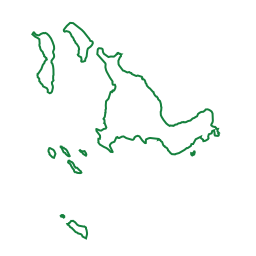 Palm Island, Queensland, Australia, rotated 357°
{"feature_id": "25037944B36323732446250", "entity_name": "Palm Island", "entity_type": "district", "adm_level": 2, "iso_a3": "AUS", "parent_name": "Australia", "parent_adm1": "Queensland", "projection": "robinson", "projection_center": [146.576, -18.75], "detail": "fine", "context": "isolated", "style": "outline", "palette": "green", "viewbox_px": 256, "rotation_deg": 357, "n_neighbors": 0, "source": "geoboundaries", "source_scale": "gbopen_adm2", "svg_char_len": 5721}
<svg xmlns="http://www.w3.org/2000/svg" viewBox="0 0 256 256"><g transform="rotate(357 128 128)"><path d="M108.9,144.3L109.9,142.8L111.0,141.9L113.7,141.0L115.9,136.8L117.0,136.5L117.6,137.4L118.8,137.5L121.5,136.3L123.2,136.2L125.8,138.0L131.5,140.0L132.4,140.0L133.5,139.1L134.0,137.8L135.4,136.8L137.3,136.3L139.0,137.0L141.7,141.3L143.9,143.7L144.5,144.0L145.0,143.9L145.2,140.9L145.5,140.3L147.9,139.4L149.5,139.1L157.9,140.5L157.6,141.2L158.1,141.0L158.5,141.5L159.5,141.6L160.2,142.9L161.4,143.8L162.2,146.7L162.8,147.7L163.6,148.0L163.9,148.8L165.7,149.9L166.7,151.5L166.8,152.4L167.9,153.5L169.0,155.1L170.5,156.4L173.6,156.8L173.9,156.5L177.6,155.7L183.3,152.8L185.6,151.1L186.5,151.2L187.2,150.8L189.8,149.2L190.5,147.4L192.2,147.4L195.0,142.8L200.3,140.5L200.0,141.3L200.5,142.1L202.4,143.6L202.4,144.6L202.6,145.1L204.6,144.8L207.2,143.4L207.9,142.5L207.6,140.8L208.4,138.5L211.2,137.7L212.0,135.4L213.8,134.8L214.2,137.9L214.1,139.3L214.5,140.1L214.9,140.2L217.3,140.6L217.9,140.4L218.4,139.6L217.8,138.1L218.6,137.7L217.2,136.0L217.2,134.9L217.8,133.6L216.0,133.5L215.9,132.4L215.3,131.7L214.9,131.4L214.5,131.5L212.5,130.8L211.3,129.7L211.4,128.8L212.7,126.8L213.1,125.3L213.2,117.9L212.4,116.0L211.3,115.0L209.5,113.9L208.2,113.5L206.5,113.6L205.8,114.5L204.1,115.7L201.9,115.8L200.2,116.6L198.7,117.6L197.6,119.9L195.7,120.7L195.0,121.3L193.0,121.9L190.8,123.8L188.4,124.2L186.1,125.2L184.9,125.3L183.9,124.9L183.4,125.2L182.8,125.0L181.7,125.1L180.8,125.8L178.6,126.0L177.1,127.0L175.3,127.1L174.4,127.9L173.3,127.9L173.2,128.2L170.4,127.7L169.8,128.1L168.3,127.1L166.5,125.5L163.9,121.8L162.2,118.7L161.5,116.9L161.5,113.5L162.0,112.4L162.5,109.0L162.2,108.6L162.1,105.8L161.4,102.8L159.7,101.0L159.3,99.6L158.4,98.2L157.8,98.1L156.6,96.8L155.6,94.8L155.4,93.5L154.7,93.1L151.9,89.6L150.9,88.9L149.0,86.6L148.8,85.2L147.9,83.9L147.6,82.2L147.0,80.9L145.9,80.0L145.0,80.1L144.6,79.4L144.9,78.2L144.5,77.6L140.5,76.1L139.1,76.5L138.3,76.2L134.7,74.3L134.3,73.8L134.2,73.3L133.0,72.9L132.1,72.2L130.2,72.5L127.1,70.7L126.0,70.4L122.4,65.0L121.9,63.8L121.9,60.4L123.6,57.0L124.7,56.0L124.7,54.6L125.0,54.3L124.6,54.3L124.4,53.8L123.9,53.7L124.0,53.5L122.8,53.1L122.3,52.5L121.7,52.5L121.2,52.8L121.0,53.7L120.2,53.9L119.6,54.7L117.6,56.0L114.6,55.7L112.2,56.1L107.8,52.6L107.0,50.8L106.8,48.1L106.4,47.6L105.7,47.2L103.2,46.8L102.2,47.5L101.9,48.1L101.2,52.7L108.7,62.1L109.0,63.0L108.6,66.1L109.1,69.0L109.7,70.7L112.6,76.7L115.0,80.7L115.0,81.4L114.8,81.7L114.9,83.4L115.3,84.0L117.2,84.1L117.7,85.9L117.3,87.7L116.2,89.7L115.7,90.0L115.1,89.6L114.6,89.8L114.3,91.0L114.0,91.3L113.3,90.8L112.5,91.2L110.1,97.7L107.5,100.2L107.0,104.2L107.0,107.7L106.5,108.6L106.4,111.4L106.0,111.7L106.1,112.2L105.4,115.6L104.0,117.6L104.9,118.8L104.9,121.3L104.5,121.8L105.0,122.1L106.4,126.3L105.7,127.4L103.7,127.7L101.1,129.2L99.8,129.0L96.6,127.4L96.3,127.5L96.4,129.3L99.6,134.0L99.7,135.8L99.4,136.8L98.9,137.0L99.0,137.2L97.9,137.2L97.7,138.9L97.9,139.9L97.6,140.8L99.0,143.0L102.9,145.6L105.4,146.9L107.6,148.7L109.4,150.9L111.3,151.2L111.4,150.9L109.1,145.5L108.9,144.3ZM48.0,51.9L49.1,52.8L49.5,53.6L50.1,53.8L50.5,55.4L49.5,55.9L48.1,57.6L48.0,58.5L46.2,60.6L44.6,64.5L41.1,69.2L40.6,69.2L40.3,70.8L40.6,71.8L40.5,72.5L41.9,74.0L41.9,76.7L42.6,77.3L43.2,78.7L44.7,80.1L45.4,82.0L49.0,84.0L49.9,85.7L49.7,87.9L51.7,89.2L53.1,88.7L54.0,87.6L55.1,83.9L55.1,82.2L54.4,80.0L54.4,78.4L56.1,76.6L55.8,75.2L56.0,72.0L56.4,71.2L56.6,65.5L56.4,62.4L55.8,59.8L55.0,58.7L55.2,56.7L57.6,53.8L58.0,52.6L57.9,50.8L57.2,49.0L57.2,47.7L58.4,45.1L58.4,42.4L57.2,38.2L55.8,34.6L53.9,31.6L52.0,29.6L50.4,28.7L49.3,29.0L48.4,28.7L46.0,29.5L43.9,30.8L43.5,30.8L41.2,30.1L40.0,28.9L39.3,27.7L38.7,27.6L37.4,29.4L40.1,32.0L42.4,33.3L44.1,34.7L44.2,39.1L43.9,39.9L43.9,41.5L44.3,42.2L44.7,44.6L45.5,46.2L46.7,47.4L47.4,49.7L48.1,50.8L48.0,51.9ZM83.3,46.9L82.8,48.0L82.7,50.5L82.5,51.4L81.7,52.0L81.9,52.7L82.8,53.7L84.9,54.9L85.2,57.4L84.7,58.6L85.1,59.3L86.6,59.4L88.7,58.7L89.0,56.9L90.4,54.5L91.4,48.5L92.1,46.6L94.9,44.8L96.5,43.1L97.3,41.5L97.2,40.3L96.4,39.4L94.9,39.0L93.9,36.6L93.6,36.4L89.0,29.9L87.0,27.6L78.7,20.4L75.7,20.0L72.3,22.8L69.8,25.6L69.0,26.8L69.2,28.0L69.9,28.5L71.4,28.0L74.0,28.8L75.0,29.7L76.0,31.6L76.6,33.6L77.6,34.5L78.1,35.5L78.6,36.7L78.6,37.4L79.3,38.2L79.8,39.2L79.9,40.0L81.4,41.7L83.0,44.6L83.3,46.9ZM73.9,223.0L72.3,222.0L70.3,219.4L68.2,217.8L67.3,218.0L66.4,217.8L64.6,219.8L64.1,219.8L63.3,220.7L62.4,220.7L62.7,221.4L63.6,221.8L64.2,222.4L65.1,224.0L66.7,224.9L67.2,225.7L67.8,226.2L70.2,229.1L72.1,230.0L72.5,230.6L75.3,231.5L76.0,232.0L76.7,233.2L76.9,234.0L80.3,236.0L81.5,232.0L81.6,230.8L81.3,227.9L80.8,226.3L80.8,225.2L79.2,224.0L78.5,224.1L73.9,223.0ZM66.9,157.6L66.4,158.8L66.4,159.3L68.7,161.3L69.1,162.6L70.7,165.6L71.6,166.6L72.1,168.6L72.8,169.4L73.7,169.4L74.6,169.7L74.8,170.1L77.3,170.5L78.5,170.5L79.1,170.1L78.5,168.6L77.8,168.2L75.0,165.0L73.6,164.9L73.2,164.1L72.6,163.7L72.0,161.7L71.0,159.9L69.9,158.9L69.0,158.7L67.7,157.5L66.9,157.6ZM47.4,147.4L48.3,149.2L48.2,150.2L51.0,153.3L52.5,153.9L54.2,150.0L53.2,147.2L52.3,145.9L49.1,144.0L48.4,144.0L47.5,145.8L47.4,147.4ZM59.7,143.4L60.7,144.6L62.5,148.9L64.0,149.6L64.4,150.6L66.4,152.6L67.7,153.2L68.3,152.9L65.9,147.4L64.7,145.9L63.3,145.1L62.8,144.4L61.5,144.2L60.8,143.1L59.8,143.0L59.7,143.4ZM84.8,151.2L83.4,148.8L81.6,149.0L79.9,148.4L79.0,147.6L78.6,147.9L79.5,149.2L80.9,149.9L81.8,151.5L84.5,153.4L85.0,152.6L84.8,151.2ZM193.4,155.7L193.2,154.9L192.9,154.8L192.0,156.0L190.8,156.8L189.8,156.4L189.7,157.3L189.9,158.0L190.7,158.8L192.7,157.9L193.4,155.7ZM56.2,212.2L56.6,213.0L58.1,213.3L59.1,214.1L59.7,213.6L59.7,212.6L58.5,211.5L57.1,211.5L56.2,212.2Z" fill="none" stroke="#15803d" stroke-width="2"/></g></svg>